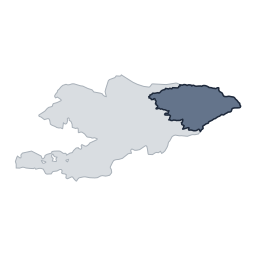 Ysyk-Köl on a map of Kyrgyzstan (Albers equal-area conic projection)
{"feature_id": "KGZ-1117", "entity_name": "Ysyk-Köl", "entity_type": "Region", "adm_level": 1, "iso_a3": "KGZ", "parent_name": "Kyrgyzstan", "parent_adm1": "", "projection": "albers", "projection_center": [77.293, 42.048], "detail": "fine", "context": "in_parent", "style": "filled", "palette": "slate", "viewbox_px": 256, "rotation_deg": 0, "n_neighbors": 0, "source": "natural_earth", "source_scale": "10m", "svg_char_len": 8202}
<svg xmlns="http://www.w3.org/2000/svg" viewBox="0 0 256 256"><path d="M51.9,151.7L52.6,151.4L54.7,151.1L59.1,151.0L60.5,151.4L63.3,153.4L65.6,153.3L66.0,153.6L66.7,155.1L70.0,153.1L72.3,152.6L73.6,150.5L76.2,148.0L78.3,147.7L78.3,148.1L78.7,148.5L80.8,149.3L81.4,148.6L81.8,147.7L81.2,146.1L81.2,145.5L81.9,144.6L85.2,146.2L86.0,146.2L87.5,145.5L89.0,144.2L89.6,143.1L96.7,139.8L97.2,139.2L97.1,138.7L94.3,137.7L93.0,138.1L91.7,138.0L91.1,137.5L87.6,137.1L86.8,136.7L84.6,133.9L81.9,132.1L80.5,132.1L78.8,132.7L78.3,132.3L78.3,129.9L78.0,128.4L77.1,128.0L75.8,128.5L72.3,127.4L72.1,124.3L71.0,121.5L69.2,120.3L69.2,118.6L68.6,117.9L68.1,118.0L67.3,118.8L67.5,120.7L67.1,122.5L66.7,123.3L65.8,124.0L64.9,123.9L63.4,122.9L62.7,128.4L62.4,128.7L60.6,127.8L59.0,128.0L56.8,127.5L55.1,126.5L51.9,125.2L50.4,124.1L49.7,120.3L48.9,118.9L48.0,118.6L44.4,119.6L41.0,117.0L39.2,116.4L38.8,115.7L39.0,114.9L44.8,111.2L47.2,108.5L48.6,107.4L52.1,106.5L53.1,103.9L53.4,103.6L57.0,102.6L61.1,100.6L61.2,100.0L60.8,99.5L57.5,97.1L55.6,97.9L54.7,96.7L54.8,95.4L56.1,93.4L57.1,92.4L57.7,90.4L59.2,89.1L60.8,87.1L62.7,85.4L66.0,84.3L67.8,84.9L69.5,84.7L72.2,83.8L73.9,83.8L80.5,85.8L82.8,86.1L87.9,88.5L92.0,89.8L93.9,92.0L100.5,93.2L102.3,93.9L102.9,94.9L104.7,96.3L106.3,96.6L105.1,91.6L105.8,88.7L108.3,80.8L109.4,79.6L114.9,77.6L116.2,75.9L120.0,76.1L120.8,75.8L121.3,74.9L133.0,82.3L137.5,84.4L143.7,86.4L149.0,87.1L149.9,86.7L152.0,84.0L153.0,83.9L166.2,84.6L175.6,83.1L177.0,83.2L180.5,84.8L191.6,85.2L196.0,86.2L202.9,85.8L205.8,85.9L211.1,87.8L213.0,88.2L216.4,88.4L217.7,88.1L218.5,88.5L219.3,91.0L222.6,94.1L223.8,95.8L225.1,96.4L231.3,96.8L233.7,97.4L239.6,103.2L240.4,106.7L239.8,107.4L233.8,108.1L232.4,108.6L231.0,111.3L222.8,114.7L221.6,114.6L210.7,120.8L203.1,126.0L202.8,128.4L198.4,134.0L195.0,134.7L192.2,134.6L187.4,136.3L181.4,135.7L179.3,135.8L175.4,135.1L173.8,135.5L172.1,136.6L169.7,141.0L168.7,142.0L168.3,143.0L167.9,145.1L167.0,147.4L165.0,150.8L163.3,152.4L161.7,153.4L160.4,151.3L158.4,152.7L156.4,152.4L155.2,152.8L152.5,154.6L148.5,154.4L148.1,153.8L147.4,148.8L146.8,146.4L146.2,145.8L145.5,145.7L139.7,149.6L137.0,150.2L134.8,150.3L132.0,149.0L131.4,149.3L130.9,149.9L130.7,150.7L131.4,153.0L131.2,153.4L129.9,153.3L128.1,153.8L122.5,158.3L118.9,159.4L115.7,159.7L113.7,160.5L112.6,162.2L110.3,166.9L110.3,167.9L111.2,169.2L111.7,172.1L111.5,172.9L109.7,175.2L107.4,175.8L105.7,176.1L102.3,175.6L100.6,176.0L97.4,177.7L94.7,177.9L89.8,177.7L85.0,176.8L83.4,176.9L79.1,177.8L77.5,179.4L76.7,180.9L76.2,181.1L74.6,179.6L72.6,177.0L71.5,176.9L67.6,178.7L67.0,178.6L65.9,177.8L66.3,174.7L65.1,174.0L62.5,173.6L61.6,172.9L62.1,170.9L61.8,170.1L61.2,169.5L59.8,169.5L57.0,171.0L53.7,171.4L52.6,171.8L51.2,173.9L46.9,174.1L45.6,173.5L43.3,169.2L41.2,168.4L38.9,168.4L35.8,169.2L35.1,168.3L34.3,168.0L33.6,168.6L29.8,168.4L26.0,168.0L23.9,167.3L22.5,167.2L19.6,168.1L16.2,168.0L16.2,164.2L15.4,161.5L16.8,157.4L17.5,156.1L19.9,157.9L20.8,157.8L21.1,157.0L20.9,155.0L22.4,153.1L31.5,151.1L41.1,156.0L42.2,158.8L43.1,158.7L44.5,157.6L45.1,155.4L47.2,154.3L51.5,153.1L51.9,151.7ZM56.3,161.4L56.5,161.0L55.9,159.0L57.0,157.2L55.0,156.8L54.1,156.2L53.0,154.2L52.7,154.1L52.0,154.6L51.6,155.8L51.8,157.1L53.2,158.5L52.3,161.0L55.2,161.5L56.3,161.4ZM45.8,162.4L45.8,161.9L45.1,161.5L41.4,160.5L41.5,161.1L42.8,163.1L43.9,163.3L45.8,162.4ZM68.2,160.6L68.5,159.4L66.2,160.0L65.9,160.6L66.6,161.4L67.6,161.8L68.2,160.6Z" fill="#d9dde1" stroke="#a8b0b8" stroke-width="1"/><path d="M239.6,103.2L239.7,103.6L239.8,104.5L239.9,104.9L240.2,105.3L240.4,105.6L240.6,106.0L240.6,106.5L240.1,107.4L239.2,107.8L234.2,107.9L233.2,108.2L232.4,108.5L232.1,108.7L231.9,109.1L231.7,109.6L231.5,110.6L231.3,111.1L230.6,111.8L229.7,112.0L228.8,112.0L227.9,112.2L226.8,113.0L225.5,113.6L224.0,114.7L223.6,114.9L223.1,114.9L221.8,114.5L221.4,114.6L221.1,114.9L220.1,115.8L219.7,116.1L219.3,116.3L218.3,116.6L217.6,116.9L215.3,118.6L214.1,118.8L213.8,119.0L212.0,120.3L209.3,121.5L209.0,121.6L208.8,121.9L208.6,122.1L208.5,122.8L208.3,123.1L207.6,123.4L206.1,123.8L204.2,125.2L203.4,125.6L203.1,125.9L202.8,126.3L202.7,126.8L203.0,127.8L203.1,128.3L202.9,128.7L202.5,129.1L201.7,129.5L201.4,129.9L200.9,130.6L200.5,131.4L200.1,131.1L199.9,130.8L199.8,130.6L199.6,130.2L199.5,129.8L199.3,129.6L199.2,129.4L198.8,129.3L198.6,129.3L198.2,129.4L197.8,129.7L197.5,129.9L196.6,130.4L196.1,130.6L195.1,130.7L193.7,130.7L191.1,130.0L189.2,130.1L188.9,130.0L188.7,129.9L188.6,129.6L188.6,129.3L188.6,129.1L188.9,128.4L189.0,128.2L188.9,127.9L188.7,127.7L188.4,127.7L187.7,127.7L186.8,128.0L183.5,129.0L182.8,129.1L182.7,128.9L182.8,128.7L183.1,128.5L183.2,128.4L183.3,128.2L183.6,127.2L183.6,126.9L183.7,126.6L184.0,126.1L184.1,125.9L183.9,125.7L183.1,125.1L182.1,124.7L181.8,124.4L181.8,124.2L181.7,123.6L181.6,123.2L181.4,122.7L181.5,122.6L181.9,122.7L182.0,122.7L182.5,121.6L182.7,120.9L182.8,119.8L182.6,119.3L182.4,119.3L182.1,119.5L181.7,119.7L181.0,119.9L180.9,119.9L180.6,120.1L180.2,120.4L176.4,120.5L175.3,120.2L173.8,120.1L173.6,120.1L173.3,120.1L172.7,120.4L172.3,120.5L171.8,120.6L170.8,120.4L170.7,120.4L170.5,120.2L170.4,120.1L170.3,119.9L170.2,119.8L170.0,119.7L169.8,119.7L169.4,119.9L169.1,120.0L169.0,119.9L168.9,119.8L169.0,119.7L169.4,119.1L169.6,118.6L169.7,118.3L169.7,118.2L169.8,117.7L169.9,117.4L169.9,117.2L170.3,116.7L170.4,116.1L170.4,115.9L170.4,115.7L169.8,115.3L169.3,115.0L169.0,114.9L168.8,114.8L168.7,114.9L168.3,115.1L167.9,115.1L165.2,115.0L165.2,114.9L165.1,114.7L164.7,114.2L165.1,113.6L165.3,113.5L165.5,113.3L166.1,113.2L167.4,113.3L168.0,113.3L168.2,113.2L168.3,112.6L168.3,112.4L168.5,111.8L168.9,110.9L168.7,110.8L168.2,111.1L167.9,111.1L167.5,111.0L166.9,110.7L165.3,109.9L165.0,109.8L163.5,109.7L163.4,109.7L162.8,109.4L162.3,109.1L161.6,108.9L161.4,108.9L160.8,109.1L160.6,109.1L160.3,109.0L160.0,108.8L159.5,108.5L159.2,108.3L159.0,108.2L158.9,108.3L158.4,108.5L156.9,108.9L156.7,108.9L156.3,108.8L156.1,108.7L156.1,108.4L156.2,108.2L156.3,108.1L156.8,107.8L157.2,107.4L157.4,107.2L157.5,107.1L157.6,106.6L157.7,106.3L157.6,106.0L157.4,105.7L157.1,105.4L156.4,104.9L156.2,104.8L156.2,104.6L156.2,104.3L156.2,104.0L156.1,103.9L155.8,103.8L155.6,103.8L155.6,103.7L155.5,103.4L155.7,102.7L156.1,101.6L156.1,101.3L156.0,101.0L155.9,100.9L155.6,100.5L155.3,100.2L155.2,100.1L155.2,99.8L155.2,99.7L155.1,99.3L155.0,99.0L154.9,98.9L154.3,98.6L154.1,98.6L153.9,98.7L153.8,98.8L153.7,99.0L153.4,99.4L153.0,99.5L151.6,99.6L151.4,99.6L151.3,99.4L151.0,98.7L150.9,98.6L150.7,98.5L150.2,98.2L149.9,98.1L149.7,98.0L149.2,98.0L149.2,97.9L148.8,96.9L148.8,96.6L149.6,96.2L149.8,96.0L149.8,95.9L149.9,95.7L150.0,95.2L150.1,94.9L150.4,94.9L150.6,94.9L150.9,94.8L151.4,94.4L151.6,94.2L152.1,94.0L152.3,93.9L152.6,93.3L152.8,93.2L153.1,93.2L154.6,93.3L154.9,93.3L157.7,92.7L158.2,92.7L158.5,92.9L158.8,93.0L159.0,93.0L159.2,92.9L159.4,92.8L159.9,92.5L160.0,92.4L161.1,91.1L161.5,90.8L161.9,90.5L163.3,89.9L164.8,89.6L165.0,89.4L165.4,88.6L165.5,88.5L165.6,88.4L165.8,88.4L167.1,88.7L167.6,88.7L168.2,88.9L168.4,88.9L168.7,88.9L169.8,88.3L170.1,88.3L171.0,88.7L171.7,88.8L171.8,88.8L172.0,88.7L172.2,88.4L172.2,88.2L172.3,88.1L172.4,87.9L172.5,87.8L172.7,87.7L177.4,87.9L177.8,87.8L178.3,87.6L178.6,87.3L178.7,86.8L178.7,86.6L179.2,86.1L179.3,86.0L179.5,85.9L179.8,86.0L180.0,86.0L180.2,85.8L180.2,85.5L180.0,84.9L180.3,84.9L182.3,85.2L182.9,85.0L183.8,84.6L184.1,84.5L184.4,84.6L184.9,84.7L185.7,84.7L186.1,84.9L186.4,85.2L186.8,85.4L187.1,85.5L188.2,84.9L188.6,84.9L189.9,84.9L191.2,85.2L191.3,85.4L191.4,85.6L191.5,85.7L191.8,85.9L192.3,85.6L192.6,85.4L192.8,85.3L193.2,85.3L193.7,85.3L194.1,85.5L195.2,86.1L196.1,86.3L198.2,86.1L199.1,86.1L200.0,86.0L200.4,86.0L201.2,86.3L201.6,86.3L202.0,86.2L202.7,85.7L203.1,85.6L203.9,85.5L205.3,85.6L207.2,86.3L208.0,86.7L208.7,87.3L209.0,87.5L211.4,87.7L213.0,88.3L214.3,88.3L215.1,88.6L215.8,88.6L217.4,87.8L218.1,87.7L218.6,87.8L218.8,88.1L218.7,89.1L218.7,89.7L218.8,90.3L219.1,90.8L219.4,91.2L220.1,91.9L221.7,92.7L222.3,93.3L223.2,95.4L223.8,96.2L224.8,96.6L226.7,96.6L228.3,96.3L229.2,96.3L233.6,97.1L234.4,97.6L234.7,97.9L235.5,99.1L236.8,100.2L237.5,101.0L238.1,101.9L238.7,102.7L239.6,103.2Z" fill="#64748b" stroke="#1e293b" stroke-width="1.5"/></svg>